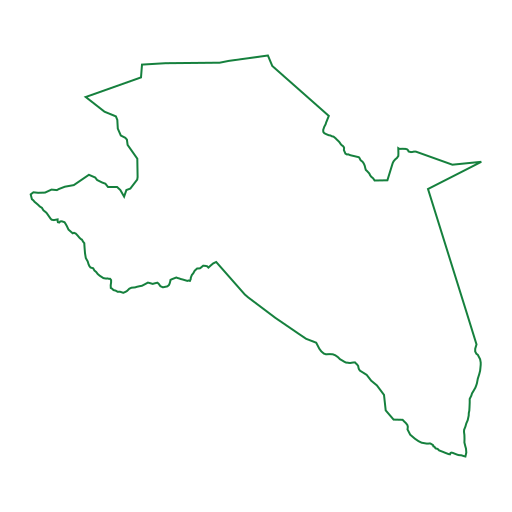 outline of Santiago Atitlán, Oaxaca, Mexico
{"feature_id": "50627088B29735137627697", "entity_name": "Santiago Atitlán", "entity_type": "district", "adm_level": 2, "iso_a3": "MEX", "parent_name": "Mexico", "parent_adm1": "Oaxaca", "projection": "robinson", "projection_center": [-95.925, 17.09], "detail": "fine", "context": "isolated", "style": "outline", "palette": "green", "viewbox_px": 512, "rotation_deg": 0, "n_neighbors": 0, "source": "geoboundaries", "source_scale": "gbopen_adm2", "svg_char_len": 4092}
<svg xmlns="http://www.w3.org/2000/svg" viewBox="0 0 512 512"><path d="M148.7,282.8L150.3,283.2L152.7,283.9L154.8,283.3L157.4,282.7L158.7,283.8L160.4,286.2L162.9,287.3L167.3,286.4L168.9,285.1L169.6,283.6L170.2,281.5L170.5,279.9L171.9,279.2L176.3,277.5L177.5,278.0L179.4,278.5L180.6,279.0L182.7,279.5L184.0,279.9L187.4,280.9L188.5,280.5L189.9,280.9L190.7,279.1L190.8,277.7L191.9,274.9L193.2,273.4L194.7,270.7L197.1,268.5L199.5,268.4L200.2,268.2L203.2,265.7L205.5,265.9L207.2,266.3L208.4,267.6L210.7,265.5L213.2,263.4L215.3,262.4L216.2,262.0L244.8,294.5L247.5,296.8L247.9,297.2L275.4,317.9L298.4,333.6L306.1,338.8L316.2,342.7L319.3,348.7L321.3,351.4L323.9,353.6L326.0,354.3L329.7,354.1L332.8,354.3L335.3,355.3L337.9,357.1L340.0,359.2L342.6,360.7L344.4,361.8L346.1,362.6L347.9,362.7L348.8,362.9L350.2,363.0L351.9,362.7L353.3,362.5L355.0,362.4L356.1,363.6L357.1,364.5L358.2,366.0L358.5,367.9L359.0,369.3L360.0,370.7L366.7,374.9L371.2,380.7L376.9,385.4L384.0,394.9L385.7,410.4L393.6,419.6L402.6,419.8L404.1,421.4L405.7,422.9L406.6,424.0L407.4,425.1L407.8,426.7L407.7,428.1L407.5,429.4L410.2,434.7L414.9,438.7L418.4,441.1L421.6,442.7L426.7,443.6L428.3,443.6L430.0,443.4L431.1,443.9L433.0,445.1L433.4,446.4L434.4,446.7L435.6,448.4L437.6,448.9L439.1,450.4L443.3,452.0L444.7,452.6L446.5,453.3L448.6,454.1L450.0,454.3L450.6,452.9L451.6,452.6L453.1,453.0L454.5,453.6L457.3,454.7L458.8,455.1L461.4,455.3L463.8,456.1L465.4,456.5L466.3,452.6L466.0,448.7L465.3,446.2L464.4,442.5L464.5,438.9L464.4,435.0L464.0,431.9L464.1,429.8L465.4,426.6L466.3,423.4L467.7,420.2L468.2,417.9L468.7,415.6L468.8,413.0L469.3,410.7L469.5,407.4L469.6,405.0L469.7,402.7L469.7,398.9L471.3,395.7L472.0,393.4L473.4,391.1L475.4,387.6L476.2,385.5L476.9,383.4L477.8,378.7L479.2,374.3L480.1,370.8L480.4,368.0L480.7,364.8L480.7,362.5L480.1,359.2L479.0,357.1L477.8,354.8L476.4,353.8L475.2,351.5L475.2,348.8L476.5,344.4L466.6,312.5L428.0,189.0L471.4,166.9L481.3,161.8L452.4,164.7L415.8,151.6L413.8,151.6L412.8,151.9L411.0,152.1L408.6,151.5L408.0,150.2L407.0,149.3L405.5,148.9L402.6,148.8L399.4,148.9L398.3,148.2L398.4,153.7L398.3,156.0L396.9,158.0L395.2,159.4L393.6,161.3L392.7,163.1L387.4,180.3L374.6,180.5L373.2,178.4L371.1,176.6L370.1,175.2L369.3,173.5L368.4,172.5L367.0,171.0L365.8,169.9L365.2,167.8L364.8,166.0L364.1,164.2L363.2,162.6L362.3,161.5L361.4,160.9L360.4,159.9L359.6,158.2L358.8,157.2L355.8,156.5L354.6,156.2L350.7,155.3L349.8,155.0L348.1,154.3L347.0,154.5L345.4,153.6L345.0,152.6L344.5,151.5L343.9,150.1L344.1,147.9L343.6,146.8L342.7,145.8L341.8,145.3L340.7,144.1L340.4,143.6L339.3,142.0L338.5,141.2L337.4,140.1L336.8,139.6L335.6,138.3L333.5,136.6L331.9,136.3L330.5,135.5L328.7,135.2L326.3,134.2L324.3,133.2L323.3,131.9L323.2,129.9L324.3,126.7L325.6,124.3L326.2,122.3L326.9,120.7L327.4,119.4L328.8,115.9L272.3,66.0L267.9,55.5L228.7,60.9L219.7,62.7L165.5,63.2L142.0,64.6L141.0,77.4L85.7,97.0L104.5,111.7L115.9,116.4L117.3,119.9L117.8,128.6L120.8,135.5L125.3,137.8L126.9,139.6L127.6,144.9L137.3,158.7L137.6,177.1L137.2,179.6L130.3,188.6L126.4,190.0L124.1,196.6L120.3,190.0L117.1,187.0L108.0,187.0L105.4,183.7L102.1,182.5L97.1,180.0L95.2,177.5L88.9,174.8L73.8,185.1L64.9,186.7L58.9,189.0L56.9,190.1L51.5,189.6L45.0,192.6L38.1,192.8L33.4,192.3L30.7,194.4L31.9,199.2L33.3,200.3L34.6,201.9L36.1,203.1L38.2,204.9L39.8,206.5L41.9,207.8L43.4,210.3L45.9,212.3L46.7,213.1L50.6,218.7L51.6,219.7L53.8,220.1L57.6,219.4L57.6,220.9L57.9,222.2L59.3,222.5L60.3,221.4L61.8,221.3L64.5,222.2L65.5,223.7L66.8,226.0L68.5,229.6L72.7,233.3L74.0,232.8L75.8,233.6L77.6,235.5L79.6,237.9L81.2,239.3L81.9,239.6L83.1,241.7L84.3,243.2L84.4,245.3L84.6,248.2L85.0,253.2L85.8,258.0L86.6,259.5L87.7,261.4L88.5,264.1L89.4,266.1L90.5,267.5L93.2,268.3L94.4,270.5L96.2,272.0L97.7,274.0L99.7,275.7L103.4,278.1L106.2,278.6L107.2,278.4L108.9,278.8L110.1,278.8L111.1,280.1L111.1,282.3L110.7,285.2L110.8,288.0L112.1,288.7L113.5,290.1L115.6,290.6L117.7,291.8L119.9,291.7L123.3,292.8L125.6,291.8L127.1,290.9L129.3,288.7L131.5,287.7L135.1,287.4L136.9,286.8L139.6,286.2L141.9,285.8L144.6,284.4L147.9,282.6L148.7,282.8Z" fill="none" stroke="#15803d" stroke-width="2"/></svg>